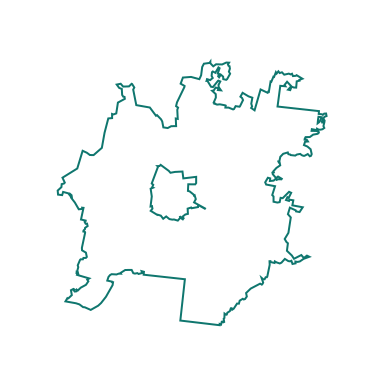 outline of Iecavas pag., Iecavas, Latvia, rotated 105°
{"feature_id": "27541924B36715332650417", "entity_name": "Iecavas pag.", "entity_type": "district", "adm_level": 2, "iso_a3": "LVA", "parent_name": "Latvia", "parent_adm1": "Iecavas", "projection": "orthographic", "projection_center": [24.179, 56.61], "detail": "fine", "context": "isolated", "style": "outline", "palette": "teal", "viewbox_px": 384, "rotation_deg": 105, "n_neighbors": 0, "source": "geoboundaries", "source_scale": "gbopen_adm2", "svg_char_len": 5917}
<svg xmlns="http://www.w3.org/2000/svg" viewBox="0 0 384 384"><g transform="rotate(105 192 192)"><path d="M329.5,275.2L329.7,271.6L331.4,267.4L331.1,265.7L332.1,259.3L326.1,253.2L322.8,251.1L315.5,248.0L302.5,244.6L299.6,244.9L299.8,245.9L299.3,246.1L299.5,250.9L295.7,250.7L293.5,249.7L292.2,248.4L291.2,243.6L289.8,241.6L289.3,239.5L288.7,240.1L284.6,236.3L282.9,230.1L285.6,227.7L285.6,226.0L284.5,223.8L285.0,222.4L283.1,219.1L281.5,220.2L281.5,217.8L284.4,217.3L278.1,176.3L319.2,170.0L313.5,130.8L312.3,131.1L312.5,129.6L309.6,129.7L309.3,129.3L309.8,128.1L309.2,127.3L306.2,128.6L305.3,128.1L301.0,129.1L301.7,127.2L301.4,126.7L299.4,126.6L297.3,124.6L294.3,124.4L294.0,123.6L295.3,122.7L293.9,121.5L288.1,119.6L287.7,117.8L284.6,117.8L282.0,115.3L282.4,114.2L281.7,113.1L278.8,112.0L275.6,113.6L270.1,110.3L262.9,102.5L263.4,100.6L262.5,100.1L261.1,99.8L256.9,102.6L257.9,100.5L257.5,99.3L255.3,98.8L254.9,97.6L254.2,97.4L242.3,98.1L238.8,99.2L238.5,98.3L239.3,97.9L239.2,93.9L237.6,94.0L238.1,92.1L238.3,88.7L237.1,87.3L232.6,85.0L233.8,81.1L233.6,79.3L232.7,78.2L235.5,76.3L234.1,73.5L232.4,74.1L232.2,71.9L231.2,69.9L227.7,66.9L224.2,61.9L223.7,64.5L226.8,66.9L224.6,70.1L230.1,76.2L227.5,79.1L224.2,85.1L216.7,86.1L215.8,87.9L213.4,90.3L206.5,88.3L191.0,90.0L188.6,93.6L181.8,93.4L182.9,87.0L183.8,86.5L183.5,82.9L178.1,81.1L178.9,91.6L173.8,92.0L174.2,96.0L175.5,96.0L175.4,99.1L172.3,98.5L172.7,97.1L167.1,96.0L166.7,98.3L174.5,102.8L174.7,104.9L179.1,104.7L180.1,106.8L180.3,110.7L175.2,112.1L174.2,113.7L164.9,113.3L165.6,122.3L163.7,123.8L158.6,122.4L158.6,120.0L161.2,119.6L159.9,116.1L157.6,114.6L158.4,113.4L157.4,112.1L156.6,108.9L156.0,108.7L154.8,112.9L156.8,114.4L153.9,118.6L152.5,119.3L151.9,118.1L151.0,118.8L146.9,116.7L143.4,113.7L140.8,115.0L141.1,115.7L140.1,116.5L139.6,115.6L135.1,115.8L131.5,113.8L129.0,109.7L130.5,108.7L130.4,106.7L130.8,106.3L130.1,101.7L128.6,100.3L127.2,97.3L128.0,95.6L128.2,93.8L127.9,92.7L125.4,90.0L127.0,87.4L126.2,86.4L124.4,86.2L120.0,88.5L118.2,92.3L117.7,96.0L114.2,95.8L113.2,93.1L111.7,94.8L112.2,96.8L111.3,96.9L109.6,96.5L108.4,92.4L105.2,89.8L103.5,86.1L102.6,85.1L101.4,84.9L100.9,85.8L100.9,88.0L102.0,92.3L100.3,92.5L99.9,87.4L98.5,87.6L99.0,85.7L98.5,83.9L97.6,82.2L95.9,80.8L94.3,82.1L90.4,82.2L91.2,84.2L90.2,84.8L89.3,84.4L89.4,83.2L88.5,82.6L87.9,83.4L88.0,84.2L87.4,84.1L87.7,86.4L91.3,87.0L93.1,88.4L89.5,89.0L86.6,89.3L86.2,86.0L87.5,85.8L87.2,84.1L85.1,83.5L83.8,81.7L81.5,82.8L82.1,84.6L83.6,85.6L83.3,86.5L83.8,89.8L81.0,90.3L87.3,131.5L66.6,134.2L65.7,129.1L64.6,130.3L60.9,128.7L64.1,123.5L68.3,125.7L68.2,123.5L64.5,123.1L64.7,120.7L64.2,118.4L58.0,119.5L56.6,116.9L55.9,117.3L54.0,114.7L52.1,121.2L52.9,121.8L53.9,124.5L51.9,126.0L52.9,127.2L52.6,129.1L54.8,133.3L53.1,136.1L54.4,138.1L53.1,139.8L55.7,140.9L54.6,142.0L59.6,142.5L59.5,143.2L65.0,143.9L64.9,144.7L75.3,143.7L75.2,144.3L76.6,144.6L75.2,152.3L96.9,152.7L95.5,156.6L93.8,156.1L91.4,157.6L85.3,158.1L85.0,162.1L83.1,168.8L87.4,169.9L88.2,168.0L90.0,166.5L96.6,167.8L97.3,168.1L97.8,172.1L101.0,172.9L101.6,173.7L101.0,178.5L101.8,181.6L99.8,181.8L99.7,182.5L100.1,187.8L101.1,190.4L100.9,193.0L100.5,192.8L100.1,194.2L94.6,193.4L91.3,194.4L89.0,198.7L88.3,197.3L85.0,196.2L85.0,194.5L85.7,193.2L86.8,193.3L86.3,190.3L83.7,193.4L81.7,194.1L77.9,193.3L77.6,195.4L78.0,195.7L85.2,198.9L85.4,200.9L80.6,205.9L80.9,206.7L79.1,206.7L79.2,203.4L76.5,201.5L74.8,203.1L71.1,203.7L70.2,203.1L70.8,200.3L64.8,198.7L65.3,197.4L70.9,197.8L71.0,196.3L73.4,196.7L74.2,195.5L71.2,194.5L72.5,191.8L74.9,191.0L74.8,188.0L73.9,187.3L67.9,185.8L66.2,187.5L63.1,187.3L60.8,188.3L60.7,189.3L59.5,190.3L57.5,189.7L58.1,192.4L61.0,195.9L62.4,201.8L65.1,204.0L62.9,207.6L61.4,208.0L62.8,208.5L65.0,213.7L68.6,214.5L76.9,213.4L81.1,214.1L81.1,222.7L83.8,230.4L90.3,231.0L91.5,226.6L92.5,226.5L109.3,229.7L113.2,229.6L114.1,227.3L116.4,227.5L125.1,224.7L125.2,226.7L132.5,224.4L133.8,229.1L136.5,232.0L137.0,236.4L131.6,239.0L129.8,240.7L126.8,245.7L127.7,246.5L121.3,254.6L122.5,268.3L108.3,275.3L106.0,274.8L103.2,277.8L103.1,278.3L106.3,280.2L108.0,285.8L105.9,288.9L107.7,292.5L110.3,289.3L110.6,286.5L116.3,284.6L117.7,283.1L117.6,281.8L119.4,281.0L124.8,286.7L135.7,285.5L137.4,287.9L137.3,289.4L141.3,288.3L142.6,291.9L157.4,291.8L172.7,290.5L181.8,296.6L182.7,300.2L181.3,303.7L180.5,308.3L199.0,308.9L211.7,320.8L215.9,317.3L217.0,317.9L218.1,319.9L221.1,319.4L225.4,322.1L229.2,320.7L228.6,316.6L225.3,316.5L225.3,311.2L227.0,308.9L225.5,309.1L226.3,307.5L228.6,306.5L228.3,307.9L232.5,302.4L238.0,296.9L236.7,293.5L235.6,294.0L235.4,292.7L247.3,292.1L247.1,286.4L247.7,288.3L248.9,287.8L250.2,286.5L249.7,285.2L251.9,284.0L254.3,286.0L255.5,285.8L257.3,286.8L258.3,286.7L258.2,285.2L258.9,284.7L274.5,283.9L276.8,283.1L278.0,278.8L281.9,276.8L283.1,277.4L283.8,279.8L285.3,280.0L285.9,282.2L286.7,282.6L292.4,283.4L294.0,282.4L297.5,282.4L300.0,281.0L299.3,282.7L300.4,282.5L300.6,281.4L301.8,281.6L302.1,268.9L303.8,270.5L305.1,269.0L309.1,270.4L313.2,274.7L316.7,276.8L316.2,278.0L317.9,278.0L318.5,279.5L317.5,280.9L316.6,280.3L316.3,281.4L318.2,283.5L322.7,281.4L326.4,283.7L327.0,284.3L326.8,284.9L330.4,285.9L329.5,275.2ZM177.6,219.9L179.0,217.8L177.0,213.6L174.7,206.5L181.1,203.9L176.3,191.9L182.3,190.3L183.8,190.9L185.5,197.6L192.0,196.2L192.0,194.5L194.0,189.9L195.0,189.1L194.5,188.6L197.9,186.5L201.5,187.3L204.5,175.2L204.8,175.3L202.9,182.7L205.0,182.3L207.8,188.2L207.2,188.8L209.2,191.9L214.2,190.3L215.4,192.6L218.6,195.0L219.1,195.3L218.7,194.4L219.5,193.3L220.8,193.8L220.1,195.9L218.4,197.6L220.0,196.7L223.3,198.3L223.2,202.3L223.8,203.9L224.0,206.8L222.3,210.6L225.3,212.9L222.9,216.0L222.8,219.4L223.1,219.6L220.9,227.0L218.3,225.9L216.0,227.0L216.7,228.3L206.7,229.7L199.5,232.8L197.9,230.7L197.7,231.7L195.1,231.3L194.2,233.1L176.6,231.4L176.7,230.5L175.9,232.0L175.3,230.1L173.9,229.3L177.6,219.9Z" fill="none" stroke="#0f766e" stroke-width="2"/></g></svg>